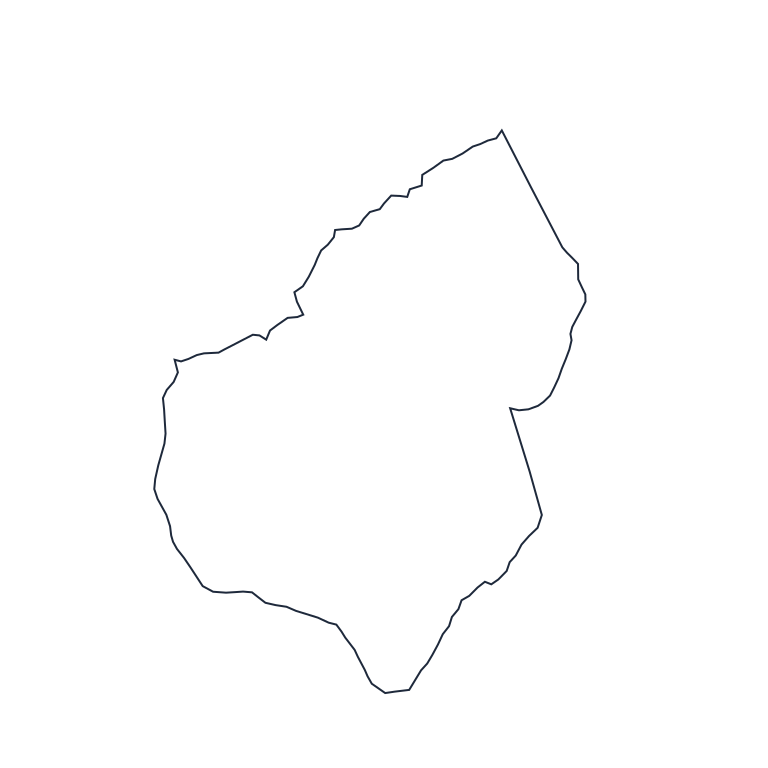 Zacarias, São Paulo, Brazil (Robinson projection), rotated 25°
{"feature_id": "56859067B49818137727493", "entity_name": "Zacarias", "entity_type": "district", "adm_level": 2, "iso_a3": "BRA", "parent_name": "Brazil", "parent_adm1": "São Paulo", "projection": "robinson", "projection_center": [-50.053, -21.112], "detail": "fine", "context": "isolated", "style": "outline", "palette": "slate", "viewbox_px": 768, "rotation_deg": 25, "n_neighbors": 0, "source": "geoboundaries", "source_scale": "gbopen_adm2", "svg_char_len": 1833}
<svg xmlns="http://www.w3.org/2000/svg" viewBox="0 0 768 768"><g transform="rotate(25 384 384)"><path d="M523.7,658.3L536.1,650.6L538.6,627.8L541.3,619.1L542.3,609.2L543.0,597.3L543.0,585.9L545.3,576.0L544.0,566.4L546.6,556.6L545.7,547.2L550.8,540.0L554.8,528.9L559.0,520.6L565.9,520.2L570.2,512.9L574.2,501.6L573.2,492.3L575.9,483.8L576.5,471.4L579.7,460.4L584.0,449.4L582.4,436.0L553.1,401.9L508.6,352.7L517.4,350.8L525.6,345.9L532.8,338.7L536.1,332.9L539.4,324.3L539.7,315.2L539.7,305.0L538.7,295.1L538.2,284.5L537.4,274.3L535.5,265.1L531.8,259.8L530.5,252.7L530.9,245.0L531.5,234.8L531.8,224.2L528.6,217.7L522.6,212.8L515.8,207.1L509.1,193.2L501.1,190.1L494.4,187.7L487.9,184.8L434.1,143.6L383.6,104.4L381.9,113.9L375.2,119.5L369.7,126.0L364.1,131.3L357.8,141.9L350.7,151.1L343.4,156.4L337.3,167.3L330.3,178.3L334.3,188.2L325.1,196.6L326.0,204.6L319.1,206.8L310.9,210.2L307.7,220.4L306.3,227.3L298.5,234.1L295.8,242.8L294.5,250.8L289.3,256.8L280.3,261.7L274.6,265.1L276.5,272.1L274.2,281.5L270.6,289.5L270.5,298.2L270.9,305.3L270.5,318.6L269.2,329.7L264.0,338.7L270.3,346.2L281.5,355.3L277.2,359.9L268.7,364.8L262.5,375.4L258.1,383.7L258.5,393.6L250.6,392.6L244.3,394.8L224.7,420.2L220.8,425.5L207.9,432.3L202.1,436.9L196.1,444.0L190.5,449.3L184.0,450.5L192.3,460.6L192.5,471.0L189.6,481.2L189.6,490.2L195.5,500.1L201.0,510.3L207.0,521.3L210.2,530.8L211.8,540.7L213.8,553.1L216.8,566.8L220.2,576.3L227.3,583.8L242.0,594.5L250.2,603.3L255.2,611.3L259.5,616.2L266.1,621.0L276.2,626.1L286.1,632.0L305.1,643.8L316.9,644.5L329.0,639.9L337.1,635.5L344.0,631.7L352.4,628.6L360.5,630.5L369.0,632.4L379.2,630.2L389.8,627.1L400.2,626.8L422.8,623.7L434.7,623.7L442.5,622.2L450.2,626.4L456.0,630.2L469.8,637.4L475.6,642.3L487.5,651.3L492.7,655.9L499.6,660.8L515.7,663.6L523.7,658.3Z" fill="none" stroke="#1e293b" stroke-width="2"/></g></svg>